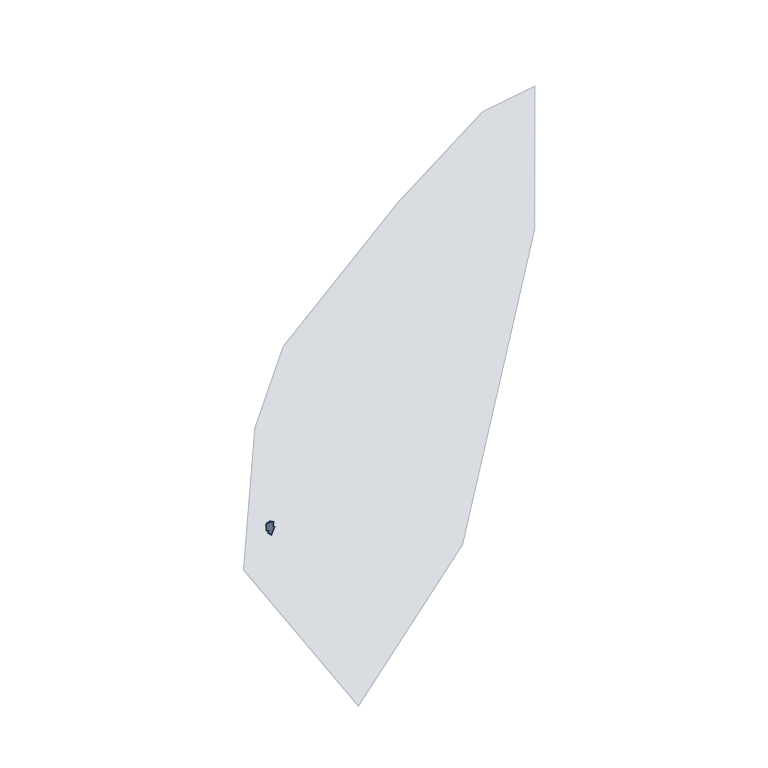 Raveneau, Soufrière, Saint Lucia (highlighted), rotated 11°
{"feature_id": "8701671B21269769416552", "entity_name": "Raveneau", "entity_type": "district", "adm_level": 2, "iso_a3": "LCA", "parent_name": "Saint Lucia", "parent_adm1": "Soufrière", "projection": "equal_earth", "projection_center": [-61.048, 13.81], "detail": "fine", "context": "in_parent", "style": "filled", "palette": "slate", "viewbox_px": 768, "rotation_deg": 11, "n_neighbors": 0, "source": "geoboundaries", "source_scale": "gbopen_adm2", "svg_char_len": 1034}
<svg xmlns="http://www.w3.org/2000/svg" viewBox="0 0 768 768"><g transform="rotate(11 384 384)"><path d="M491.8,526.7L420.3,705.2L281.5,593.2L265.6,452.1L277.8,366.7L362.8,203.6L428.9,97.8L475.3,62.8L502.4,203.3L491.8,526.7Z" fill="#d9dde1" stroke="#a8b0b8" stroke-width="1"/><path d="M295.1,545.0L295.4,546.1L296.6,550.5L297.5,550.4L298.5,550.2L298.5,550.3L298.6,550.5L298.7,550.8L298.8,550.9L298.8,551.0L298.8,551.3L298.7,551.5L298.7,552.1L298.6,552.4L302.3,553.7L303.9,544.9L302.3,544.5L302.2,543.4L302.0,540.4L301.7,540.4L301.3,540.1L300.8,540.6L300.0,541.0L299.5,540.4L299.1,540.6L298.6,540.6L298.4,540.6L298.2,540.6L298.3,540.5L298.3,540.3L298.2,540.3L297.9,540.9L297.9,541.0L297.9,541.4L297.8,541.5L297.8,541.8L297.7,542.0L297.4,542.1L297.1,542.1L296.8,542.0L296.7,542.0L296.4,542.2L296.3,542.3L296.2,542.5L296.1,542.8L295.9,542.9L295.7,542.9L295.4,543.0L295.3,543.3L295.3,543.5L295.3,543.8L295.2,543.9L295.2,544.0L295.1,544.4L295.1,544.5L295.1,544.8L295.1,545.0Z" fill="#64748b" stroke="#1e293b" stroke-width="1.5"/></g></svg>